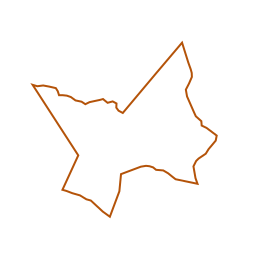 Lastro, Paraíba, Brazil, rotated 64°
{"feature_id": "56859067B5730433440527", "entity_name": "Lastro", "entity_type": "district", "adm_level": 2, "iso_a3": "BRA", "parent_name": "Brazil", "parent_adm1": "Paraíba", "projection": "mercator", "projection_center": [-38.183, -6.553], "detail": "fine", "context": "isolated", "style": "outline", "palette": "amber", "viewbox_px": 256, "rotation_deg": 64, "n_neighbors": 0, "source": "geoboundaries", "source_scale": "gbopen_adm2", "svg_char_len": 922}
<svg xmlns="http://www.w3.org/2000/svg" viewBox="0 0 256 256"><g transform="rotate(64 128 128)"><path d="M75.0,42.0L91.2,78.9L112.2,126.1L108.3,128.9L104.6,129.6L100.9,127.6L97.4,130.1L96.4,135.3L91.0,137.8L90.3,141.5L89.2,145.9L87.9,151.2L87.9,155.9L84.0,158.2L80.2,163.1L75.1,165.8L72.1,168.8L69.9,172.3L68.3,175.6L64.1,175.0L60.5,175.4L56.3,180.6L52.6,185.6L50.7,191.2L47.4,194.8L130.8,184.7L154.8,214.0L157.6,210.9L162.2,206.6L167.5,200.7L173.8,196.7L176.9,193.2L192.1,187.3L199.8,183.2L181.1,163.5L166.4,154.5L168.4,133.4L169.9,128.4L171.8,125.4L174.4,122.7L177.9,121.1L181.6,114.9L186.3,111.8L191.2,109.5L194.9,107.7L208.6,90.0L202.6,89.3L191.2,86.0L187.5,81.2L186.4,77.9L185.2,69.4L182.3,64.8L177.8,54.7L173.7,51.6L162.3,57.4L158.1,60.7L154.0,59.1L147.2,61.9L143.0,61.8L125.5,61.1L118.9,59.2L114.8,53.7L110.1,48.2L106.5,46.6L102.8,45.9L95.5,45.1L75.0,42.0Z" fill="none" stroke="#b45309" stroke-width="2"/></g></svg>